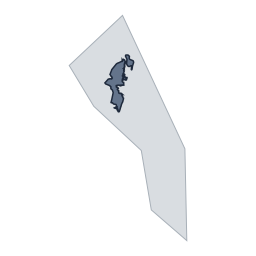 Central 1 Mahe, Seychelles (highlighted)
{"feature_id": "34574756B27990728867894", "entity_name": "Central 1 Mahe", "entity_type": "district", "adm_level": 2, "iso_a3": "SYC", "parent_name": "Seychelles", "parent_adm1": "", "projection": "equal_earth", "projection_center": [55.458, -4.627], "detail": "fine", "context": "in_parent", "style": "filled", "palette": "slate", "viewbox_px": 256, "rotation_deg": 0, "n_neighbors": 0, "source": "geoboundaries", "source_scale": "gbopen_adm2", "svg_char_len": 4838}
<svg xmlns="http://www.w3.org/2000/svg" viewBox="0 0 256 256"><path d="M184.9,148.8L186.8,240.6L151.3,209.9L141.3,150.5L93.8,106.3L69.2,65.5L122.5,15.4L184.9,148.8Z" fill="#d9dde1" stroke="#a8b0b8" stroke-width="1"/><path d="M125.9,61.8L125.7,61.5L125.4,61.4L125.1,61.2L124.5,60.2L124.5,59.9L124.1,59.9L123.6,59.4L123.2,60.0L122.9,60.1L122.6,60.1L122.2,59.5L122.2,60.2L122.7,60.6L122.6,61.0L122.3,61.3L122.1,61.1L121.4,61.5L120.1,62.1L119.1,62.6L117.5,63.2L116.4,63.9L112.1,69.2L111.7,69.8L111.3,71.1L110.8,72.2L110.6,72.8L110.1,74.2L110.0,74.4L110.0,74.6L110.3,74.9L110.6,75.4L111.0,76.2L111.4,76.6L111.5,76.5L111.8,76.8L111.8,77.0L112.0,77.4L112.2,78.1L111.6,78.4L111.7,78.5L111.4,78.8L111.5,78.9L111.3,79.0L111.0,78.8L110.6,78.8L109.9,78.9L109.4,78.8L108.9,79.1L108.3,79.1L104.9,82.9L105.6,83.9L109.7,85.6L109.8,85.9L110.8,86.6L110.9,88.8L111.3,89.1L112.4,90.1L112.6,90.8L113.2,92.6L111.7,99.8L111.4,100.9L111.0,102.5L111.3,102.8L112.0,102.6L112.5,102.8L112.9,103.4L113.5,103.9L114.1,104.2L114.6,104.2L115.0,104.3L115.9,104.4L116.1,104.6L116.4,105.4L116.6,106.2L117.0,106.5L116.8,106.7L116.9,107.0L116.5,106.8L116.1,106.8L115.7,107.2L114.3,107.9L114.6,108.1L115.3,108.3L115.6,108.1L115.8,108.2L116.2,108.4L116.3,108.6L116.7,108.6L117.0,108.4L117.3,108.4L117.2,108.9L117.3,109.1L117.5,109.2L117.5,109.4L117.8,109.4L117.8,109.6L117.6,109.7L117.4,110.3L117.5,110.5L117.7,110.8L117.7,110.6L117.6,110.4L117.6,110.2L118.0,110.2L118.0,110.3L117.8,110.3L118.1,110.6L118.6,111.2L118.7,111.5L119.3,111.6L120.3,108.6L120.4,107.9L120.7,107.2L120.8,106.6L121.1,106.1L121.3,105.0L121.7,103.9L121.8,103.6L122.3,102.6L122.5,102.4L122.7,101.6L122.8,101.5L122.9,101.1L123.2,99.8L123.4,99.2L123.5,98.5L123.3,98.5L123.2,98.2L123.1,97.8L122.9,97.0L122.7,96.6L122.5,96.8L122.4,96.6L122.3,96.2L122.2,96.1L122.1,95.8L121.9,95.4L122.0,95.2L122.0,94.8L122.0,94.7L121.8,94.5L121.7,94.3L122.1,94.4L122.2,94.6L122.6,94.6L122.2,94.3L122.0,93.9L121.8,93.7L121.1,93.3L120.8,93.5L120.2,93.2L120.0,93.6L119.6,93.4L119.5,93.2L119.3,93.2L119.1,93.2L118.8,93.0L118.6,91.8L118.7,91.6L118.8,91.3L118.8,90.9L118.7,90.7L118.4,90.5L118.2,90.6L118.0,90.2L117.9,90.0L117.5,89.7L117.4,89.4L117.3,89.2L117.5,88.9L117.6,88.7L118.3,88.5L118.4,88.4L118.3,88.1L117.9,87.9L117.6,87.3L117.5,87.2L117.1,87.1L116.8,86.9L116.6,87.2L116.4,87.1L116.3,86.8L116.3,86.7L116.5,86.5L116.5,86.0L116.2,85.7L116.3,85.5L117.3,85.3L117.5,85.2L117.8,85.2L118.1,85.2L118.5,85.2L118.8,85.1L119.5,85.5L119.6,85.4L119.7,85.5L119.9,85.4L120.1,85.7L120.5,85.8L120.8,85.9L120.9,85.7L121.0,85.5L120.9,85.4L121.1,85.3L121.3,85.3L121.3,85.1L121.6,85.2L121.9,85.3L122.0,85.2L122.4,85.3L122.6,85.2L122.9,84.9L123.4,85.2L123.8,85.2L123.7,82.5L123.1,82.5L122.8,82.2L122.7,82.0L122.4,81.7L122.4,81.3L122.6,81.0L122.6,80.9L122.6,80.7L122.4,80.9L122.2,80.9L122.2,80.5L122.3,80.3L122.6,80.0L122.8,79.8L123.5,79.8L123.7,79.6L124.1,79.5L124.7,79.7L125.1,80.0L125.5,80.0L125.6,79.9L125.7,80.0L125.8,80.1L126.0,80.1L126.4,79.9L126.6,79.0L126.6,78.9L126.8,78.8L127.0,78.0L126.9,78.0L126.8,77.8L126.8,77.5L126.7,77.5L126.4,77.5L126.1,77.5L125.7,77.8L125.4,78.0L125.3,77.9L124.8,77.2L124.7,77.0L124.7,76.9L124.8,76.7L124.9,76.8L125.0,76.6L124.5,75.9L124.4,76.0L124.3,75.8L124.7,75.1L124.8,74.5L124.6,74.3L124.1,73.9L123.9,73.9L123.8,74.0L123.6,74.4L123.4,75.6L123.4,78.6L123.3,78.9L123.0,78.9L123.2,78.7L123.2,78.4L123.2,78.2L122.9,78.1L123.0,78.0L123.0,76.5L122.9,76.5L122.8,76.4L123.0,76.4L123.0,75.3L122.8,75.3L122.8,75.2L123.0,75.2L123.0,73.8L123.7,72.6L124.0,71.9L124.2,71.3L124.1,71.2L123.8,71.2L123.7,70.9L123.7,70.5L123.8,70.5L123.9,70.4L124.0,70.4L124.0,70.2L124.2,69.7L124.3,69.7L124.2,69.2L123.9,69.3L123.9,69.1L123.7,68.9L124.2,68.9L124.3,68.5L124.4,68.0L124.1,67.8L124.0,67.7L124.3,67.4L124.2,67.3L124.2,67.2L124.6,66.9L124.6,66.7L124.7,66.4L124.8,66.4L124.8,66.2L124.6,66.2L124.4,66.0L124.5,65.9L124.4,65.8L124.4,65.7L124.5,65.7L124.6,65.4L124.4,65.1L124.4,64.8L124.5,64.7L124.4,64.5L124.5,64.3L124.5,64.2L124.4,64.3L124.3,64.2L124.4,63.9L124.6,64.0L124.6,63.8L124.7,63.7L124.7,63.4L124.9,63.5L124.9,63.4L125.0,63.4L125.0,63.2L124.9,63.0L124.9,62.9L125.0,62.5L125.0,62.4L125.5,62.8L125.8,62.4L125.7,62.3L125.8,62.2L125.9,61.8ZM132.8,60.6L130.1,59.5L129.9,59.4L129.7,59.2L129.5,58.9L129.3,58.5L129.3,58.0L129.3,57.5L129.4,56.8L129.4,56.5L129.4,56.3L129.3,56.2L128.1,55.1L127.9,55.0L127.6,55.0L126.2,55.0L125.8,55.1L125.7,55.2L125.6,55.4L125.5,55.8L125.5,56.2L126.8,58.9L127.0,59.5L126.9,60.1L126.6,63.3L126.6,63.9L126.8,64.3L127.3,65.3L127.6,65.7L128.0,66.1L128.5,66.4L129.0,66.5L129.7,66.4L131.0,65.7L131.5,65.7L132.0,66.0L132.0,66.3L132.0,66.5L131.7,66.8L131.5,67.2L131.4,67.5L131.4,68.1L131.4,68.7L131.3,69.3L131.3,69.5L131.5,69.8L131.8,69.7L132.0,69.3L132.5,66.1L133.1,64.1L133.5,63.0L133.6,62.7L133.6,62.1L133.5,61.7L133.4,61.3L133.2,60.9L132.8,60.6Z" fill="#64748b" stroke="#1e293b" stroke-width="1.5"/></svg>